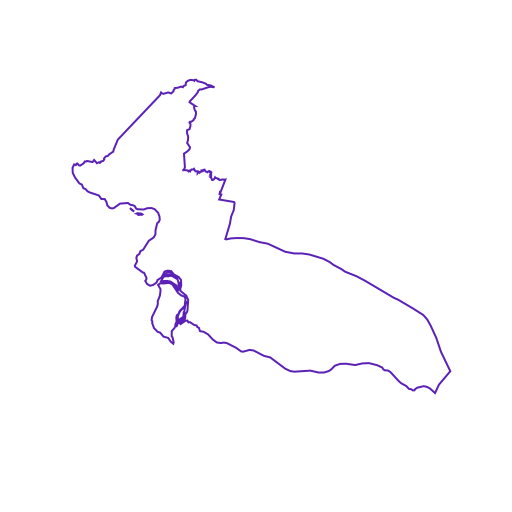 Ituzaingó, Corrientes, Argentina (Mercator projection), rotated 251°
{"feature_id": "61730980B54493504343974", "entity_name": "Ituzaingó", "entity_type": "district", "adm_level": 2, "iso_a3": "ARG", "parent_name": "Argentina", "parent_adm1": "Corrientes", "projection": "mercator", "projection_center": [-56.603, -27.951], "detail": "fine", "context": "isolated", "style": "outline", "palette": "violet", "viewbox_px": 512, "rotation_deg": 251, "n_neighbors": 0, "source": "geoboundaries", "source_scale": "gbopen_adm2", "svg_char_len": 6177}
<svg xmlns="http://www.w3.org/2000/svg" viewBox="0 0 512 512"><g transform="rotate(251 256 256)"><path d="M442.5,255.5L441.7,254.7L442.6,254.1L443.9,251.2L443.8,248.4L442.8,246.2L440.4,245.1L440.3,242.7L439.4,241.8L440.6,240.2L440.5,237.4L441.2,233.8L440.5,233.5L439.6,232.0L438.6,231.6L437.3,228.7L439.2,226.3L439.5,221.3L440.4,220.0L441.5,219.5L439.3,217.6L411.0,163.2L402.7,155.9L401.2,155.1L399.9,150.3L398.9,148.6L399.0,146.2L397.6,144.0L396.7,143.9L395.7,142.5L395.8,140.2L394.9,139.1L395.0,138.5L395.8,138.1L395.5,135.8L399.5,134.2L398.0,132.1L400.9,127.1L400.6,126.1L401.1,124.9L399.8,123.3L398.7,119.3L399.4,118.0L401.6,117.3L401.7,116.5L400.6,115.2L401.8,113.9L399.2,111.3L394.3,109.8L389.3,110.4L382.2,112.6L380.2,114.6L376.2,114.9L374.8,116.6L372.0,117.8L370.3,119.4L364.4,127.1L360.2,128.4L359.1,131.5L355.8,132.2L352.2,131.9L349.1,133.4L347.9,135.3L347.6,137.1L349.8,144.5L347.8,152.2L345.4,153.8L344.2,156.0L342.7,157.6L339.9,158.1L338.9,159.0L336.5,165.0L336.6,168.8L335.3,172.9L333.3,175.4L328.8,177.5L324.8,177.6L321.7,176.8L320.1,175.5L319.1,173.2L312.9,169.3L309.1,167.9L306.8,165.2L305.3,159.6L298.8,151.5L298.1,148.1L295.9,146.4L295.2,143.8L293.3,142.3L289.6,141.8L286.2,138.2L285.1,138.2L277.4,143.5L276.6,144.7L270.9,145.3L269.5,144.6L268.5,143.2L265.1,143.9L262.4,146.1L262.1,149.2L263.3,153.3L265.4,155.2L266.4,159.6L271.1,164.5L270.9,167.8L269.3,170.9L265.2,172.4L261.4,176.0L257.8,177.3L252.4,175.7L249.9,173.8L247.6,173.2L241.3,177.1L236.6,177.6L227.1,173.6L225.8,172.8L223.7,170.2L220.0,168.6L217.3,165.7L215.9,161.6L217.7,168.0L217.3,170.1L215.2,170.5L215.0,172.0L211.0,175.0L209.7,177.2L207.8,177.4L206.8,178.6L203.2,178.6L201.3,181.9L197.4,185.2L191.2,187.9L187.0,190.8L185.1,194.5L184.6,197.5L183.0,200.2L176.0,207.0L170.5,211.0L169.7,212.8L169.3,219.3L167.4,223.0L159.0,231.0L155.5,236.4L139.9,247.0L136.0,251.0L134.1,254.7L129.9,270.1L125.4,277.3L123.7,282.4L123.5,287.4L124.3,290.3L126.6,294.8L126.6,300.4L124.8,306.1L120.6,314.3L119.8,321.7L117.9,328.0L113.3,335.0L109.4,339.1L107.6,339.4L106.1,340.4L104.8,343.4L102.7,345.2L91.1,350.3L88.3,351.9L84.2,355.7L80.5,357.4L79.5,359.4L77.9,360.5L77.4,362.1L78.2,363.0L79.0,365.3L78.3,372.3L76.6,375.0L74.2,377.3L68.1,380.7L74.8,387.1L83.8,402.2L105.2,399.7L119.7,399.8L133.1,398.5L140.4,397.2L145.7,395.0L155.7,387.0L168.7,375.9L171.4,372.9L196.8,351.3L204.0,344.6L212.1,335.2L215.9,332.4L222.2,326.5L226.4,323.6L231.4,318.9L240.1,306.8L243.3,300.6L246.0,292.9L250.5,285.0L263.9,271.0L268.0,263.8L273.8,256.0L276.9,250.2L279.3,243.5L280.8,238.0L281.4,233.3L282.0,232.5L294.9,241.8L301.5,245.4L306.5,249.8L313.0,253.0L314.2,252.8L321.4,239.6L325.4,243.2L326.3,241.7L328.3,242.8L327.9,243.3L338.3,252.0L338.6,250.3L339.2,249.7L339.6,246.4L341.0,245.3L341.3,245.6L343.1,243.1L343.7,242.9L342.2,241.3L341.9,239.8L342.3,239.1L344.3,239.2L345.5,238.5L345.5,239.3L346.7,239.8L347.6,239.0L348.1,239.7L347.2,239.9L349.6,240.9L349.8,240.3L350.6,240.5L351.4,239.6L350.9,239.2L351.5,238.8L351.1,237.4L351.5,237.4L352.3,235.8L354.4,235.5L354.6,234.1L353.7,233.5L354.6,232.3L353.5,231.9L353.8,230.1L353.2,229.7L354.0,229.0L353.3,227.8L355.1,228.5L355.8,226.3L358.7,225.7L358.2,224.6L358.8,223.2L358.3,222.5L358.4,221.5L357.6,221.2L358.3,220.5L357.9,219.8L359.1,219.2L359.9,217.8L360.6,216.2L360.8,214.4L361.3,216.2L363.1,217.7L376.2,221.2L377.3,225.3L378.7,228.0L380.3,229.0L385.3,227.7L387.7,229.4L390.8,230.7L394.6,230.8L397.4,231.8L397.6,234.5L400.2,236.3L402.1,237.0L403.6,236.5L404.2,236.8L404.4,237.3L404.0,238.3L404.7,241.0L405.5,241.5L406.1,243.0L409.8,245.5L412.2,246.2L413.6,245.6L416.9,245.8L417.7,246.7L417.5,247.4L423.0,243.2L423.7,243.7L427.6,251.0L429.7,254.2L431.0,255.1L431.8,257.2L431.2,258.6L431.1,266.2L430.6,268.6L429.0,271.7L432.0,268.7L433.8,265.4L435.2,264.7L437.6,261.9L440.3,257.6L442.0,257.0L442.5,255.5ZM226.2,136.0L221.0,136.1L216.3,138.3L214.8,140.4L209.9,142.3L207.1,146.3L202.8,147.5L200.0,149.2L201.1,150.0L205.7,150.6L207.7,150.2L212.4,151.9L214.4,155.4L215.9,156.9L217.7,157.6L219.9,159.6L224.0,160.7L225.8,162.0L226.2,163.6L228.8,165.9L232.1,172.4L238.3,175.3L240.3,175.3L241.3,174.7L243.0,172.5L246.7,170.2L256.6,167.6L258.9,165.0L260.1,159.7L261.3,156.7L260.6,154.0L255.9,154.9L253.6,154.1L249.8,152.2L245.3,148.4L242.7,147.6L240.3,146.0L232.1,137.8L229.3,136.4L228.0,136.7L226.2,136.0ZM265.4,167.8L265.3,166.5L266.2,164.5L266.5,161.8L263.1,158.0L261.4,163.8L259.7,166.8L254.2,171.0L250.2,171.4L249.7,172.2L251.9,173.3L253.4,173.2L256.1,174.1L259.6,174.2L264.4,170.2L265.4,167.8ZM215.0,157.2L216.0,158.8L219.9,161.5L221.4,164.2L221.6,166.0L222.5,167.7L226.2,169.2L227.3,170.4L231.2,172.4L229.1,167.2L227.6,165.2L224.3,162.4L221.2,161.5L217.2,159.2L215.0,157.2ZM266.6,171.2L268.1,169.6L269.3,167.3L269.0,165.5L267.8,163.7L267.2,164.5L266.7,167.6L266.0,168.6L265.1,171.8L266.6,171.2ZM335.1,157.6L335.0,156.8L333.8,158.4L333.1,158.2L332.6,160.6L332.1,161.3L332.3,162.2L333.6,161.1L335.1,157.6ZM217.5,161.6L218.1,164.0L220.4,166.4L220.2,164.5L217.5,161.6ZM224.0,161.0L220.2,160.5L221.5,161.4L224.8,162.3L224.0,161.0ZM222.2,167.8L222.6,168.7L223.9,169.6L226.6,170.1L222.2,167.8ZM218.6,159.2L217.9,158.2L215.4,156.9L216.8,158.6L218.6,159.2ZM337.7,155.3L342.4,152.5L339.9,153.5L337.7,155.3ZM251.5,170.8L253.6,169.8L254.7,169.7L255.2,169.2L254.6,169.0L252.0,169.9L251.5,170.8ZM255.7,169.4L253.0,170.1L252.0,170.8L254.4,170.5L255.7,169.4ZM263.2,171.5L261.9,172.9L259.9,174.5L262.8,172.9L263.2,171.5ZM260.1,161.0L261.3,159.3L261.2,158.0L260.2,159.8L260.1,161.0ZM256.6,174.8L253.8,173.9L253.5,174.4L256.6,174.8ZM219.0,162.1L217.0,160.9L219.6,163.5L219.0,162.1ZM266.2,165.4L265.5,166.7L265.7,167.9L266.2,166.7L266.2,165.4ZM260.3,163.1L260.9,162.0L260.6,161.1L260.1,161.8L260.0,162.9L260.3,163.1ZM231.6,172.2L232.0,173.1L233.5,173.8L234.0,173.6L231.6,172.2ZM235.4,174.5L233.2,174.3L235.3,175.0L235.4,174.5ZM250.1,170.0L249.5,169.7L248.6,170.6L248.7,170.8L250.1,170.0ZM264.1,172.1L265.3,171.1L265.1,170.5L264.1,172.1ZM225.7,162.9L225.7,162.1L224.9,161.6L225.2,162.7L225.7,162.9ZM252.8,169.1L254.0,169.1L254.2,168.8L252.8,169.1ZM218.5,160.9L217.3,160.8L218.8,161.3L218.5,160.9ZM220.6,159.8L219.6,159.8L220.9,160.0L220.6,159.8Z" fill="none" stroke="#5b21b6" stroke-width="2"/></g></svg>